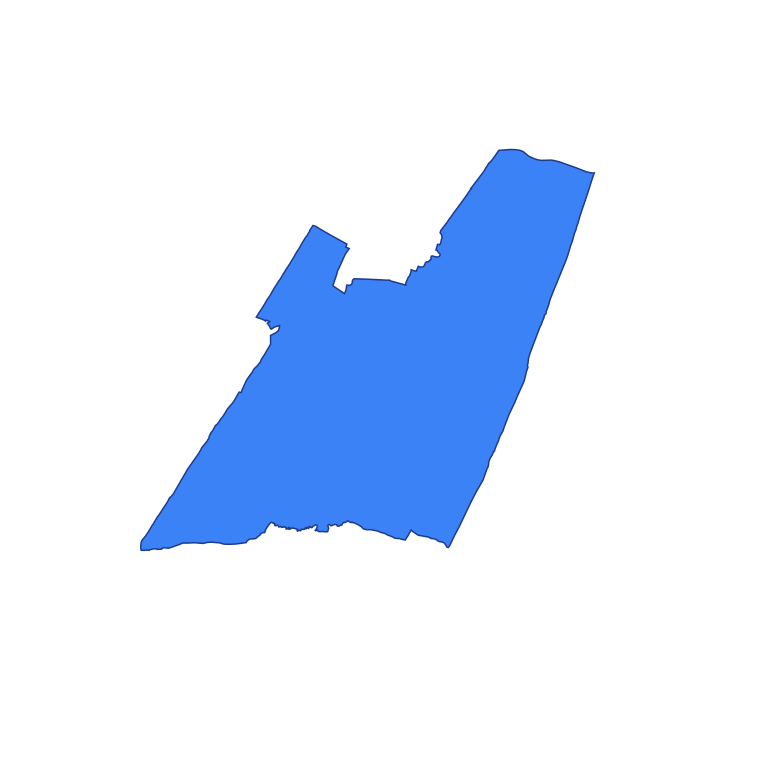 Leorda, Botosani, Romania, rotated 324°
{"feature_id": "2599482B49555817634638", "entity_name": "Leorda", "entity_type": "district", "adm_level": 2, "iso_a3": "ROU", "parent_name": "Romania", "parent_adm1": "Botosani", "projection": "mercator", "projection_center": [26.484, 47.822], "detail": "fine", "context": "isolated", "style": "filled", "palette": "blue", "viewbox_px": 768, "rotation_deg": 324, "n_neighbors": 0, "source": "geoboundaries", "source_scale": "gbopen_adm2", "svg_char_len": 6135}
<svg xmlns="http://www.w3.org/2000/svg" viewBox="0 0 768 768"><g transform="rotate(324 384 384)"><path d="M407.3,520.1L418.0,512.8L419.0,512.5L420.9,511.1L422.8,508.7L425.2,507.1L427.1,506.1L429.8,505.1L432.0,503.7L433.0,503.3L433.7,503.3L433.7,503.2L437.5,500.6L443.7,496.9L446.0,495.2L447.6,494.2L452.5,492.0L455.6,489.7L467.8,481.8L478.8,475.9L484.9,472.1L498.3,464.5L500.2,463.1L506.9,457.4L510.1,455.3L510.6,454.6L510.6,453.6L512.6,451.9L516.4,447.8L520.3,444.9L542.5,430.3L544.7,429.0L546.4,428.3L548.9,426.4L552.9,424.0L553.8,422.8L555.5,422.5L556.7,422.1L558.2,420.4L559.8,419.5L564.0,416.6L566.7,414.3L568.0,413.3L579.6,405.9L581.9,404.6L604.4,390.6L609.0,387.4L616.0,382.0L620.9,378.7L626.1,374.5L628.4,372.9L629.8,372.2L632.3,370.0L635.6,367.8L641.1,363.4L661.0,349.3L672.8,340.6L678.2,336.8L677.2,336.3L675.3,334.5L672.2,331.0L666.9,322.6L656.5,307.4L652.7,302.9L650.4,300.8L643.3,296.0L641.1,294.0L639.7,292.4L637.7,289.6L635.4,285.5L634.8,284.2L633.5,278.8L633.2,277.9L631.9,275.7L631.0,274.5L627.8,271.4L623.0,267.8L619.2,265.6L616.6,263.9L614.2,262.5L604.1,266.0L600.2,266.9L599.0,266.9L598.2,267.1L595.3,268.4L593.4,269.0L589.4,270.8L569.2,276.8L569.5,277.2L564.7,278.7L562.0,279.8L545.7,285.1L540.6,286.6L539.2,287.3L538.5,287.3L537.9,287.7L537.4,287.7L535.8,288.4L535.4,288.4L535.1,288.7L534.4,288.7L530.6,290.1L520.2,293.2L518.3,294.6L518.3,297.0L517.6,298.6L517.5,299.2L517.3,299.4L515.7,300.6L512.5,303.4L510.9,304.0L510.4,303.6L509.9,302.7L509.3,302.6L504.8,306.1L505.6,307.4L505.3,309.0L505.6,312.0L505.4,312.4L504.4,313.1L503.1,313.2L501.9,312.7L500.4,311.3L498.5,308.9L497.5,308.4L496.5,309.1L495.2,310.8L493.1,310.8L491.9,311.3L490.4,310.3L489.3,310.1L488.6,310.3L487.6,311.2L486.8,311.4L485.9,312.0L484.9,312.1L483.6,311.8L483.1,311.5L481.8,310.3L480.9,308.9L476.3,311.8L475.6,310.8L474.0,308.9L473.2,307.5L471.3,309.5L468.3,311.5L466.5,311.9L462.3,314.3L460.7,315.4L459.8,316.8L450.0,304.6L449.6,303.3L447.5,301.8L434.0,290.9L422.1,281.6L421.5,281.3L420.2,281.3L418.7,282.3L417.5,283.7L416.4,284.2L415.7,284.3L413.9,283.9L412.4,282.3L412.0,282.2L411.6,282.4L408.9,285.3L405.2,287.8L400.4,274.6L402.3,273.1L410.9,267.0L412.6,265.4L416.4,263.4L428.8,256.3L435.5,254.0L433.5,250.8L436.2,249.0L429.2,234.1L423.2,220.7L422.0,217.5L421.2,215.9L419.7,214.0L414.2,216.1L414.0,216.5L410.4,218.0L409.7,218.5L406.8,219.3L401.5,221.4L394.6,224.6L390.0,226.3L384.6,228.8L377.5,231.7L367.2,235.7L362.1,238.0L358.5,239.1L355.6,240.4L351.5,241.9L343.9,245.4L338.7,247.2L334.1,249.3L320.0,254.8L321.2,256.8L323.7,260.2L324.6,262.0L325.2,263.5L325.8,263.0L326.3,263.1L328.2,266.3L325.4,266.2L325.3,270.2L324.8,272.1L324.9,273.3L325.3,273.5L327.8,273.5L329.0,273.6L333.9,275.4L332.4,276.9L330.1,278.7L325.9,279.0L324.5,278.5L322.6,278.4L320.8,278.0L315.7,285.0L315.3,285.3L304.7,289.9L299.1,292.1L298.3,292.5L297.3,293.4L292.1,294.8L287.9,295.4L283.6,297.3L282.8,297.4L275.4,299.9L266.1,305.1L263.6,307.0L262.1,305.4L252.6,309.6L249.8,310.5L243.2,312.0L237.0,314.6L234.1,315.7L231.8,316.3L231.7,316.2L227.3,317.9L225.5,318.4L222.9,318.6L218.0,321.1L216.0,321.5L213.4,322.7L212.0,323.5L210.3,325.0L208.5,325.6L207.4,326.2L199.1,328.4L197.2,329.5L193.1,331.3L175.2,337.4L148.4,349.3L147.4,349.4L145.5,350.0L144.3,349.9L142.0,350.7L141.7,351.1L138.8,352.4L131.2,355.2L127.3,356.8L122.1,358.5L115.2,361.5L110.2,363.4L109.5,363.9L101.9,366.8L96.6,368.1L95.3,368.8L94.0,369.9L92.3,371.8L90.9,373.6L89.8,375.8L92.4,377.8L94.2,378.8L95.8,380.1L96.2,380.6L97.3,380.4L99.0,381.3L100.1,381.5L103.3,383.9L103.4,384.6L106.9,386.8L108.8,386.7L110.6,387.9L113.5,390.4L124.6,393.7L127.6,394.3L132.3,397.7L137.2,400.9L143.9,406.6L148.3,408.5L151.7,410.8L157.7,416.0L160.3,419.4L164.7,422.8L169.8,426.2L179.2,431.3L181.4,430.4L183.9,430.5L184.5,430.6L187.7,432.8L189.5,433.6L192.2,433.3L194.7,433.4L195.9,432.9L197.2,432.7L198.3,432.9L200.0,434.0L200.9,433.6L203.2,431.9L205.0,431.2L208.4,430.1L211.4,429.5L212.0,430.0L212.7,431.9L213.5,432.4L213.5,433.1L212.7,433.7L212.6,433.9L212.7,434.6L213.6,435.3L214.4,435.3L214.9,435.7L214.8,436.2L215.2,437.0L215.1,437.6L214.9,437.8L215.0,438.0L216.2,438.2L216.6,438.5L216.8,439.7L217.9,440.3L218.8,440.3L219.0,440.5L218.9,440.8L219.0,441.0L220.1,441.8L220.4,442.1L220.5,442.9L219.8,443.2L219.6,443.6L219.7,444.0L221.5,444.8L222.1,444.0L222.7,444.1L223.2,444.7L221.9,445.8L222.1,446.1L224.6,446.3L225.2,446.6L225.7,447.3L226.4,447.7L226.9,448.8L227.9,449.6L228.3,450.4L228.0,451.0L227.5,451.6L227.5,452.2L227.9,452.4L228.5,452.0L229.3,452.1L229.7,452.7L229.9,453.4L230.3,453.7L230.8,453.6L231.4,453.1L232.1,453.1L233.4,454.4L235.0,454.8L235.2,454.3L235.6,454.5L235.9,455.2L236.3,455.4L236.5,455.1L236.3,454.5L236.6,454.3L237.2,454.6L237.7,455.3L237.9,456.4L238.2,456.6L239.3,455.5L239.8,455.4L240.4,455.6L240.5,456.1L240.1,456.3L241.0,457.7L241.6,457.8L242.7,457.4L243.8,457.6L245.7,457.6L246.4,458.2L246.7,459.0L246.6,459.7L244.6,461.3L242.6,461.8L242.3,462.0L242.3,462.4L244.3,463.2L244.2,464.0L244.3,464.9L246.0,466.3L247.0,466.7L247.8,467.3L248.2,467.9L251.2,470.2L251.8,470.2L254.2,468.4L254.6,467.6L255.3,465.7L255.8,465.2L256.3,465.1L257.0,465.5L257.5,466.0L257.4,466.8L257.7,467.5L258.5,467.8L261.5,468.6L262.4,469.3L263.0,470.0L262.9,470.8L262.7,471.4L262.9,471.8L264.1,472.6L265.1,472.5L267.1,473.3L268.4,472.6L269.5,472.3L270.1,472.4L271.4,473.4L273.9,473.2L275.2,475.5L275.4,476.3L276.2,476.9L276.8,476.8L277.0,476.9L277.1,477.6L278.2,478.8L278.7,479.4L280.8,483.6L281.8,486.2L281.9,487.6L282.2,488.8L282.6,489.7L283.7,491.0L285.0,492.2L287.1,493.6L287.9,494.4L291.7,498.4L293.3,500.6L294.0,501.9L296.9,505.6L297.4,506.4L297.8,507.7L300.9,512.5L301.7,514.1L301.9,514.8L304.2,517.1L305.5,517.9L306.6,519.5L309.6,522.8L310.9,522.1L314.1,520.9L320.1,518.1L320.5,520.2L322.6,526.0L323.2,526.9L329.9,533.8L330.5,534.8L330.9,535.9L331.3,536.7L333.9,539.0L335.1,541.3L335.4,541.9L335.2,542.1L335.5,542.4L335.8,543.5L336.2,544.1L338.0,545.8L338.8,546.8L339.1,547.6L339.3,548.6L339.3,550.6L339.1,551.8L339.0,552.7L339.2,553.3L339.5,553.8L340.0,554.0L341.1,553.8L343.8,552.5L352.3,547.9L359.9,544.2L385.8,530.2L395.6,525.3L407.3,520.1Z" fill="#3b82f6" stroke="#1e3a8a" stroke-width="1.5"/></g></svg>